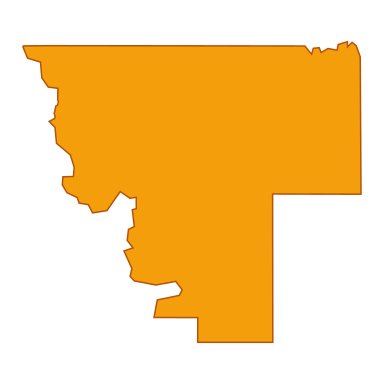 Kiowa, Oklahoma, United States of America
{"feature_id": "52423323B11344178006251", "entity_name": "Kiowa", "entity_type": "district", "adm_level": 2, "iso_a3": "USA", "parent_name": "United States of America", "parent_adm1": "Oklahoma", "projection": "equal_earth", "projection_center": [-99.105, 34.859], "detail": "fine", "context": "isolated", "style": "filled", "palette": "amber", "viewbox_px": 384, "rotation_deg": 0, "n_neighbors": 0, "source": "geoboundaries", "source_scale": "gbopen_adm2", "svg_char_len": 952}
<svg xmlns="http://www.w3.org/2000/svg" viewBox="0 0 384 384"><path d="M361.0,194.2L360.3,66.5L360.2,56.7L356.3,45.9L352.1,42.3L347.6,46.8L347.4,41.7L338.2,44.5L337.1,50.2L328.0,48.5L321.1,52.5L319.2,47.7L313.3,48.3L311.6,54.2L304.8,46.0L172.1,45.8L44.0,45.7L23.4,45.9L23.0,47.0L27.6,58.2L40.5,62.1L41.8,77.8L48.3,87.1L57.9,88.3L57.7,99.8L58.3,101.2L58.2,103.1L57.4,105.2L55.8,106.1L55.5,107.8L54.6,111.9L54.1,113.3L54.8,115.3L55.0,116.9L54.7,118.5L49.1,121.4L55.0,127.4L56.5,143.3L70.4,155.0L74.2,167.3L73.4,176.5L62.9,176.8L62.3,184.9L67.0,192.7L77.3,197.6L79.1,203.1L88.3,204.7L92.6,212.9L106.9,210.6L120.2,191.6L130.0,198.3L136.2,197.3L136.3,208.7L132.3,209.7L134.3,226.5L128.5,229.4L127.2,240.4L133.0,247.9L124.0,250.9L131.9,268.6L130.1,276.4L134.3,280.9L155.9,285.0L175.7,281.4L182.2,289.8L179.3,295.4L157.3,299.9L154.0,317.5L197.8,317.6L197.7,342.3L272.8,342.3L272.6,194.0L361.0,194.2Z" fill="#f59e0b" stroke="#b45309" stroke-width="1.5"/></svg>